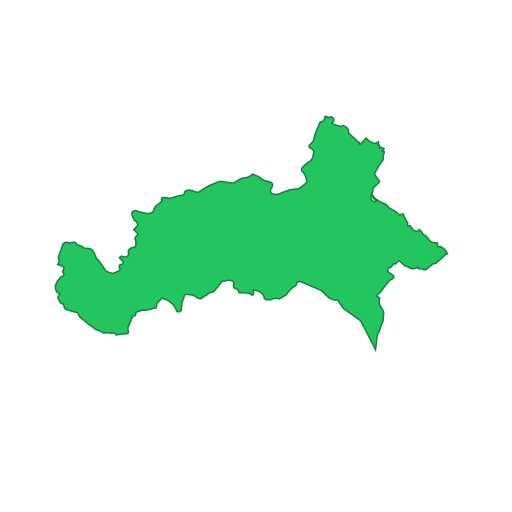 SVG path tracing the border of Pakistan, rotated 222°
{"feature_id": "PAK", "entity_name": "Pakistan", "entity_type": "country or territory", "adm_level": 0, "iso_a3": "PAK", "parent_name": "Asia", "parent_adm1": "", "projection": "equal_earth", "projection_center": [69.806, 30.395], "detail": "fine", "context": "isolated", "style": "filled", "palette": "green", "viewbox_px": 512, "rotation_deg": 222, "n_neighbors": 0, "source": "natural_earth", "source_scale": "50m", "svg_char_len": 6143}
<svg xmlns="http://www.w3.org/2000/svg" viewBox="0 0 512 512"><g transform="rotate(222 256 256)"><path d="M401.9,122.5L407.5,136.0L406.7,138.9L404.7,140.2L402.7,141.1L402.3,141.6L402.1,142.4L401.2,143.9L399.4,145.1L397.8,145.0L396.8,144.6L391.6,146.8L389.2,146.7L387.3,148.1L385.9,149.4L383.1,150.8L381.2,150.8L378.4,150.0L374.9,148.4L373.4,147.5L372.2,147.5L369.1,147.3L362.4,145.6L357.0,144.4L350.8,147.1L348.8,151.3L348.1,152.8L347.8,153.9L348.1,155.2L350.2,156.1L351.1,157.4L351.3,158.5L349.9,160.5L349.9,161.3L350.3,162.1L350.8,162.7L353.8,163.1L355.6,163.1L356.3,163.4L356.4,164.5L355.8,166.0L353.3,167.1L351.9,168.4L351.4,170.0L351.5,171.4L352.0,172.2L354.4,174.4L354.7,175.3L354.6,176.6L354.2,178.4L352.0,181.9L351.9,182.4L352.2,183.2L354.5,186.0L356.3,187.4L357.4,187.7L357.8,188.1L358.2,189.6L358.4,191.3L357.9,192.6L358.9,193.6L361.3,193.5L363.2,194.0L364.0,193.5L364.6,193.9L364.3,197.6L364.6,199.8L365.2,200.4L367.1,201.3L370.8,201.2L375.5,203.4L376.8,204.8L377.4,205.7L377.2,207.3L376.0,209.2L372.6,210.5L366.4,214.0L364.5,215.4L363.0,217.2L362.5,218.6L362.2,219.9L363.6,224.6L363.9,226.0L362.6,233.0L363.0,234.4L364.4,234.9L364.8,236.8L362.5,238.7L360.1,240.4L359.3,240.4L357.1,243.5L353.3,249.7L351.2,251.9L350.9,254.0L351.8,255.7L351.9,257.2L351.1,258.7L349.6,260.5L346.8,262.0L343.2,263.5L341.6,264.5L338.9,274.2L337.0,278.9L333.7,285.8L332.8,287.4L322.2,294.4L321.3,295.8L319.2,302.8L318.2,304.7L314.8,309.0L313.7,312.3L313.4,314.4L307.2,316.8L302.3,317.2L300.3,317.8L294.4,320.8L293.0,320.9L291.8,320.4L290.9,319.4L290.1,317.7L289.7,315.1L288.6,313.9L287.0,312.9L285.4,312.9L283.8,314.0L282.4,315.2L280.5,317.3L278.7,321.3L275.7,326.9L272.5,331.0L270.5,333.2L269.5,334.6L268.9,335.9L268.1,340.2L267.6,344.0L267.8,344.9L268.3,345.6L272.7,348.6L276.0,349.6L278.9,349.8L279.9,350.6L280.6,351.7L280.8,352.6L280.3,359.2L279.2,362.8L279.3,364.9L279.7,367.0L282.8,372.2L284.0,372.8L286.4,372.9L287.5,372.8L288.7,372.3L289.6,372.6L290.2,373.3L290.4,374.3L290.3,379.5L291.3,381.9L293.2,385.1L294.7,388.8L296.1,393.3L297.5,396.7L298.0,398.5L297.1,399.4L296.6,400.3L296.5,401.5L296.7,402.8L296.6,403.7L297.2,404.8L298.0,405.2L298.0,406.0L296.8,407.0L295.7,407.0L294.9,407.4L293.4,409.6L292.6,410.0L291.6,410.2L290.5,410.0L289.0,409.1L288.5,407.8L288.7,406.4L288.3,405.5L287.2,405.7L283.4,407.1L279.7,408.9L278.2,411.4L276.5,411.9L274.0,412.1L272.3,411.9L269.2,409.3L260.7,409.4L259.4,408.9L258.1,409.3L256.5,408.8L255.8,409.4L255.1,409.5L254.6,408.3L254.2,408.2L253.8,408.4L253.4,408.8L253.2,409.5L253.1,417.3L248.5,417.2L244.5,418.2L242.2,420.1L241.9,421.6L241.3,422.8L240.3,421.1L239.7,420.3L239.1,420.9L238.1,420.8L236.3,418.9L235.5,420.8L232.6,421.3L232.2,419.8L232.2,418.4L230.6,419.4L229.4,417.9L228.9,415.9L228.0,414.7L226.8,414.0L225.7,411.8L225.6,409.5L225.3,406.8L223.1,396.8L221.8,395.8L214.1,394.1L213.7,392.3L214.3,387.6L214.1,384.6L211.7,380.7L211.0,378.0L209.0,375.6L207.0,374.9L205.0,375.2L203.9,376.2L203.3,377.7L207.6,377.4L208.6,377.9L209.7,379.0L208.5,378.9L207.0,378.4L205.2,378.5L198.5,379.6L194.5,381.3L189.3,380.8L182.6,382.4L177.1,382.5L174.8,385.7L173.5,385.1L172.6,384.4L165.1,381.9L164.6,380.8L163.3,380.1L161.9,381.4L160.9,381.6L156.8,380.5L153.6,381.3L152.4,382.8L152.3,385.0L148.3,384.6L146.1,383.9L143.1,384.7L136.4,383.6L134.6,383.9L132.1,385.4L131.0,386.5L129.6,387.0L128.3,385.4L127.4,384.7L126.5,385.1L125.2,386.5L121.7,387.1L118.5,386.9L115.2,385.7L115.6,385.2L116.2,383.1L116.8,375.4L117.5,372.6L117.3,371.1L117.5,370.6L118.8,369.3L119.2,368.7L120.4,360.4L121.1,358.9L121.6,358.5L125.9,356.5L126.6,355.2L128.8,355.5L129.0,355.2L129.2,353.7L130.3,352.1L131.7,350.7L132.7,350.3L136.5,349.4L138.8,348.3L139.4,348.2L145.3,348.4L146.6,348.0L146.8,347.6L147.2,343.2L148.3,342.5L148.5,342.1L148.2,339.1L148.4,337.0L149.6,335.8L149.6,335.2L148.7,333.7L147.6,332.8L147.0,332.6L142.2,333.4L140.2,333.2L139.3,332.6L139.1,332.2L139.3,331.4L139.4,329.9L140.2,327.7L140.4,326.3L140.0,318.6L139.3,313.4L139.8,308.4L139.8,307.3L139.6,307.1L139.0,307.1L136.1,307.5L133.7,304.2L132.2,302.9L128.0,301.3L126.1,301.0L123.4,299.6L118.5,293.4L117.6,291.4L116.5,287.9L113.5,281.4L113.5,279.7L113.2,278.7L104.5,266.4L133.2,277.3L135.1,277.8L155.9,275.5L163.5,277.2L165.9,278.2L167.3,276.4L169.1,275.3L171.5,274.3L173.9,273.8L179.7,273.8L181.5,274.1L184.8,273.9L205.4,267.0L206.4,266.2L207.5,264.8L208.0,263.6L206.8,261.7L206.6,260.1L207.5,257.9L208.0,254.7L207.9,250.2L207.7,247.5L208.9,242.6L209.9,239.9L213.1,237.8L213.6,237.2L214.2,236.5L216.2,232.8L218.1,231.1L219.9,230.0L221.8,230.2L223.5,231.6L226.7,232.2L229.8,231.8L232.5,230.7L233.7,229.8L235.2,229.1L235.1,228.2L233.5,227.4L232.6,226.3L232.2,225.0L233.1,224.2L235.3,224.0L240.5,220.7L242.6,218.6L243.2,217.6L244.2,217.5L246.2,218.5L248.5,218.8L249.9,217.8L251.4,217.6L252.8,218.7L253.5,220.0L254.8,221.5L256.4,221.8L258.4,221.0L260.5,219.2L264.2,214.3L263.5,201.9L264.4,199.5L265.7,198.0L266.5,195.7L266.5,193.7L267.4,192.0L268.4,187.4L269.6,186.3L272.1,185.5L276.1,185.1L282.5,180.7L282.9,178.7L281.7,176.6L280.1,172.5L278.7,170.1L275.2,165.7L275.6,163.0L277.5,161.9L282.3,163.8L283.7,164.1L285.3,164.4L289.7,164.4L293.3,163.6L297.1,162.0L297.8,160.2L297.9,154.1L296.5,152.6L295.7,151.2L295.5,150.2L296.4,149.6L297.3,148.5L298.2,146.4L300.2,144.0L301.5,141.9L304.4,139.5L305.6,137.4L306.1,136.2L307.1,135.0L307.4,134.2L307.2,133.5L306.0,131.6L306.0,130.6L307.0,128.7L306.5,125.3L305.5,124.1L304.8,121.2L303.8,118.3L303.2,117.2L302.2,115.8L300.0,114.3L299.3,113.3L300.2,111.4L301.6,110.2L304.4,107.2L305.9,105.2L307.2,103.7L309.0,104.0L310.0,103.8L310.9,102.5L312.7,101.4L315.9,99.0L317.0,97.3L318.6,96.5L320.1,96.3L322.0,95.8L325.4,94.2L332.2,93.7L334.4,93.3L346.3,92.8L350.6,94.4L351.3,94.3L354.1,92.6L360.4,89.6L361.4,89.2L363.1,89.3L364.5,89.8L366.7,91.3L369.7,90.4L371.4,90.8L375.1,92.2L375.7,92.9L376.6,96.4L377.3,96.8L379.3,95.9L381.0,96.3L383.0,97.5L384.3,98.6L385.1,99.8L386.0,101.7L386.9,105.0L386.9,110.2L386.3,111.1L385.8,112.2L386.0,113.1L386.6,113.9L388.9,114.7L389.5,115.5L390.4,118.5L391.0,118.9L392.3,118.9L394.8,118.3L396.9,117.3L397.8,117.0L398.1,119.8L399.4,120.9L401.9,122.5Z" fill="#22c55e" stroke="#15803d" stroke-width="1.5"/></g></svg>